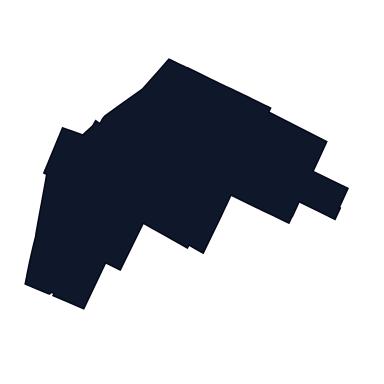 the district of Milosesti, Ialomita, Romania, rotated 277°
{"feature_id": "2599482B31201571212369", "entity_name": "Milosesti", "entity_type": "district", "adm_level": 2, "iso_a3": "ROU", "parent_name": "Romania", "parent_adm1": "Ialomita", "projection": "robinson", "projection_center": [27.204, 44.736], "detail": "fine", "context": "isolated", "style": "filled", "palette": "ink", "viewbox_px": 384, "rotation_deg": 277, "n_neighbors": 0, "source": "geoboundaries", "source_scale": "gbopen_adm2", "svg_char_len": 2077}
<svg xmlns="http://www.w3.org/2000/svg" viewBox="0 0 384 384"><g transform="rotate(277 192 192)"><path d="M258.4,319.6L280.7,258.4L284.9,259.8L286.0,256.9L286.9,253.9L288.3,249.9L289.0,247.9L289.9,245.3L290.5,243.5L291.0,242.0L291.5,240.5L292.9,236.9L294.0,233.7L294.6,231.7L295.8,228.2L296.4,226.5L297.3,223.6L298.9,219.1L300.8,212.9L303.3,205.5L305.5,199.2L306.1,197.2L310.9,183.8L311.5,182.1L313.0,177.6L314.4,173.6L314.7,172.8L314.4,172.7L315.5,169.5L317.5,163.3L318.0,161.8L319.4,157.9L320.4,155.0L320.9,153.4L321.1,153.0L319.9,152.1L307.5,143.7L288.0,130.2L269.7,110.1L256.9,96.3L254.7,94.9L254.0,94.5L253.1,94.0L252.8,93.9L251.7,93.5L250.6,93.1L250.4,93.0L249.5,92.6L248.7,92.2L249.0,91.5L251.1,87.7L245.5,85.3L236.7,77.7L235.2,77.1L239.9,55.7L230.0,53.0L229.9,52.9L200.9,44.9L192.8,42.6L191.9,45.2L191.8,45.6L191.7,45.6L185.2,45.3L162.7,44.0L146.5,43.0L131.2,42.2L129.9,42.3L127.9,42.1L123.7,41.6L121.5,41.3L118.0,40.9L112.5,40.3L110.5,40.1L104.3,39.5L102.7,39.3L102.4,39.3L99.9,39.1L94.8,38.7L91.5,38.4L87.7,38.2L86.2,38.1L84.7,37.9L83.7,37.9L80.4,37.6L80.3,37.8L79.7,40.0L77.5,47.7L76.1,52.6L74.0,60.1L73.8,60.9L73.6,61.8L73.5,62.2L73.3,62.9L75.3,65.0L74.6,67.4L72.2,66.6L68.2,80.7L64.6,92.9L62.9,98.6L62.9,98.8L81.8,105.1L111.2,114.9L105.8,130.3L155.1,147.4L150.3,159.0L145.6,170.7L143.5,175.7L143.5,175.8L142.3,178.5L141.6,180.3L139.8,184.7L136.5,192.6L135.8,194.2L135.8,194.3L137.1,194.7L139.0,195.3L134.9,205.0L132.9,209.9L132.6,210.6L139.3,212.8L170.8,223.6L181.7,227.1L183.2,227.7L193.7,231.0L188.9,244.8L183.6,260.3L183.6,260.5L181.9,265.2L178.4,276.1L178.2,276.6L177.1,279.8L176.7,281.0L174.4,287.4L173.1,291.5L172.9,292.0L173.5,292.2L175.3,292.8L177.7,293.5L178.5,293.9L179.6,294.3L180.0,294.6L180.4,294.8L180.9,294.9L182.4,295.4L184.6,296.1L186.2,296.6L188.3,297.3L195.4,299.5L190.8,312.8L184.8,330.1L184.7,330.3L182.2,337.3L194.2,341.2L194.6,340.0L195.4,340.3L214.6,346.4L216.6,340.7L216.6,340.4L220.7,328.4L222.5,323.3L224.1,318.7L227.1,309.8L227.2,309.6L239.2,313.5L252.4,317.7L258.4,319.6Z" fill="#0f172a" stroke="#020617" stroke-width="1.5"/></g></svg>